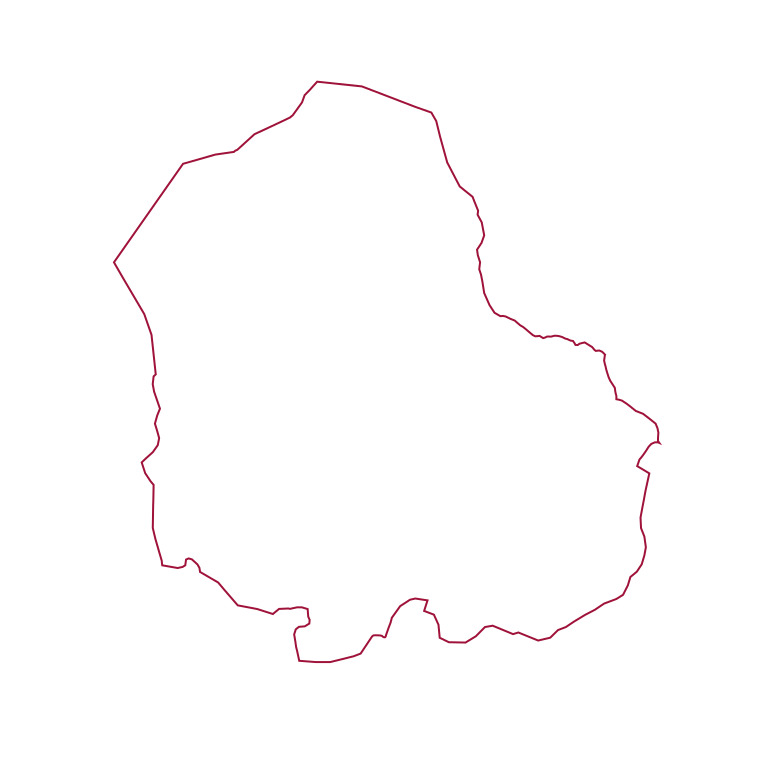 Bura', Al Hudaydah, Yemen (orthographic projection), rotated 281°
{"feature_id": "15242507B60755531991601", "entity_name": "Bura'", "entity_type": "district", "adm_level": 2, "iso_a3": "YEM", "parent_name": "Yemen", "parent_adm1": "Al Hudaydah", "projection": "orthographic", "projection_center": [43.464, 14.907], "detail": "fine", "context": "isolated", "style": "outline", "palette": "rose", "viewbox_px": 768, "rotation_deg": 281, "n_neighbors": 0, "source": "geoboundaries", "source_scale": "gbopen_adm2", "svg_char_len": 3533}
<svg xmlns="http://www.w3.org/2000/svg" viewBox="0 0 768 768"><g transform="rotate(281 384 384)"><path d="M451.9,95.7L438.0,107.8L406.9,135.3L387.9,146.4L349.9,158.1L347.5,156.4L339.7,157.0L332.6,159.8L325.5,163.9L317.0,168.8L309.9,167.4L301.4,166.7L295.0,170.1L288.0,173.6L281.8,173.6L280.8,173.6L273.0,170.1L266.5,165.2L265.6,164.5L265.3,164.3L264.6,163.8L260.8,161.1L250.9,166.6L243.9,173.5L241.0,177.1L226.7,179.6L223.1,180.2L221.1,180.5L212.7,182.0L198.6,184.5L188.2,189.2L181.6,192.6L176.5,195.2L168.2,199.5L165.2,200.4L163.7,200.9L164.0,216.6L166.0,221.2L168.1,223.5L171.8,223.3L173.9,223.2L175.5,225.5L175.2,228.9L171.3,235.3L168.3,237.9L164.4,239.3L157.5,259.1L151.6,266.4L138.8,282.7L138.8,283.4L138.9,298.0L138.9,302.6L137.0,318.9L137.4,319.1L143.2,323.9L145.2,332.2L145.4,333.0L145.3,334.5L148.2,341.3L149.1,346.2L148.8,349.0L148.5,352.0L141.2,354.0L138.3,356.0L134.6,356.4L131.0,352.5L129.4,346.8L126.3,344.2L121.0,343.6L114.9,345.9L109.1,347.9L105.5,349.6L96.1,353.6L98.0,369.8L99.4,377.1L100.8,384.3L106.7,397.1L110.1,404.3L110.8,405.9L113.1,409.6L114.9,412.5L134.0,420.5L135.2,421.6L135.8,423.9L136.4,427.9L136.4,430.0L135.7,431.1L135.4,432.3L135.6,433.4L136.4,433.8L137.8,433.9L145.4,435.0L151.1,436.0L156.0,436.3L169.1,442.3L173.4,446.8L177.2,450.7L179.4,455.7L179.9,468.0L168.9,466.7L167.1,477.0L158.1,483.4L145.5,487.1L144.5,491.1L144.1,492.4L142.9,497.0L143.9,502.7L145.7,513.0L145.7,513.3L151.9,520.1L153.9,522.3L164.7,529.5L166.4,534.0L167.2,536.1L167.5,536.7L163.1,558.4L165.7,563.3L161.6,584.3L166.7,595.6L175.7,601.8L180.1,608.9L186.9,615.7L195.7,625.4L202.6,634.1L210.4,641.9L217.3,653.1L222.7,658.9L232.9,661.8L241.6,662.7L248.0,668.0L256.2,671.4L265.5,672.3L273.7,672.2L283.9,668.7L291.6,663.8L301.8,661.3L313.0,661.2L320.2,661.2L325.8,661.1L330.4,661.1L346.9,661.5L351.7,648.2L358.7,649.2L360.7,650.4L363.9,652.0L368.2,653.9L372.8,655.7L376.2,657.8L378.4,661.0L379.0,664.2L378.7,665.5L380.4,663.8L383.2,663.3L388.7,662.6L390.3,661.9L392.8,660.9L396.9,658.2L401.1,650.2L404.2,643.9L405.6,636.3L409.2,629.5L411.2,625.4L411.9,623.6L413.1,620.8L413.4,617.8L413.4,615.0L416.6,614.4L418.6,613.4L420.7,612.5L424.3,611.3L430.2,605.6L433.2,603.4L437.0,601.3L440.4,599.5L443.6,598.1L446.2,596.8L449.0,595.6L454.7,595.3L454.9,595.4L455.9,594.1L457.2,592.1L457.9,589.3L457.6,587.7L456.9,585.6L457.7,584.0L459.0,582.5L460.0,581.2L462.2,575.4L463.1,573.1L462.8,572.5L462.2,571.0L460.8,568.2L459.2,566.7L458.9,564.5L460.5,563.2L462.3,561.3L462.2,558.9L463.1,555.2L463.1,553.6L464.1,549.9L464.4,546.9L464.3,544.6L463.9,542.1L462.4,539.0L461.9,535.9L461.5,534.7L460.6,533.7L459.4,531.5L460.9,527.5L460.3,525.7L459.7,523.4L460.4,520.7L465.0,512.5L466.5,509.7L467.6,506.5L469.1,503.9L469.3,503.5L471.2,500.3L472.1,495.7L473.5,490.5L473.5,487.8L472.8,485.3L475.0,478.9L481.5,472.6L492.4,465.0L503.4,461.0L510.0,458.3L514.8,455.6L521.8,455.1L528.4,451.5L533.6,449.7L541.1,452.8L549.0,454.0L561.3,449.1L568.0,443.6L570.9,443.4L572.1,443.3L581.8,437.0L584.6,435.3L588.3,428.3L589.3,426.4L592.4,420.6L593.2,420.0L599.3,415.1L603.1,412.1L605.7,410.0L612.4,404.7L613.3,403.9L637.6,391.8L645.4,388.2L652.1,385.1L657.5,380.4L659.5,378.7L661.8,363.2L662.4,359.5L665.1,344.2L665.5,342.1L667.0,333.5L670.2,315.2L670.7,312.6L670.7,312.4L671.9,305.5L668.0,260.7L660.0,255.9L659.4,255.6L652.4,251.0L651.2,250.8L644.8,249.8L634.8,245.2L630.3,243.1L628.3,241.3L628.0,241.3L624.6,236.8L615.6,224.5L604.5,209.2L585.9,195.3L584.5,193.3L583.2,192.4L577.0,174.6L561.8,144.7L451.9,95.7Z" fill="none" stroke="#9f1239" stroke-width="2"/></g></svg>